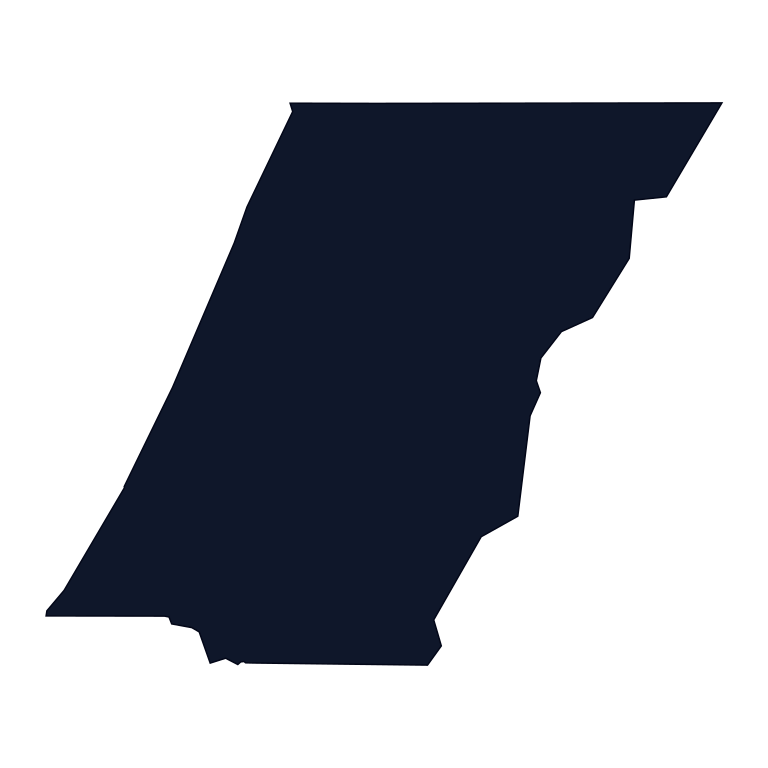 Cambria, Pennsylvania, United States of America (Robinson projection)
{"feature_id": "52423323B19514206676815", "entity_name": "Cambria", "entity_type": "district", "adm_level": 2, "iso_a3": "USA", "parent_name": "United States of America", "parent_adm1": "Pennsylvania", "projection": "robinson", "projection_center": [-78.751, 40.484], "detail": "fine", "context": "isolated", "style": "filled", "palette": "ink", "viewbox_px": 768, "rotation_deg": 0, "n_neighbors": 0, "source": "geoboundaries", "source_scale": "gbopen_adm2", "svg_char_len": 632}
<svg xmlns="http://www.w3.org/2000/svg" viewBox="0 0 768 768"><path d="M46.1,615.9L164.4,616.1L169.0,617.0L171.7,623.9L191.8,627.6L199.2,631.9L210.2,663.1L225.6,658.2L237.8,664.5L240.7,661.9L244.1,661.5L245.5,662.8L254.2,663.0L427.5,665.1L441.3,645.9L437.5,632.8L436.0,627.7L433.7,619.9L463.9,567.0L481.2,536.7L517.8,516.2L530.1,415.8L540.4,392.7L536.3,380.7L540.9,358.0L561.4,331.6L592.5,317.5L629.2,258.4L634.4,200.1L666.4,196.8L721.9,102.9L375.2,103.4L290.1,103.2L292.7,111.6L247.0,206.9L234.2,243.1L172.6,387.3L124.2,486.6L124.4,487.8L64.1,590.4L46.9,610.8L46.1,615.9Z" fill="#0f172a" stroke="#020617" stroke-width="1.5"/></svg>